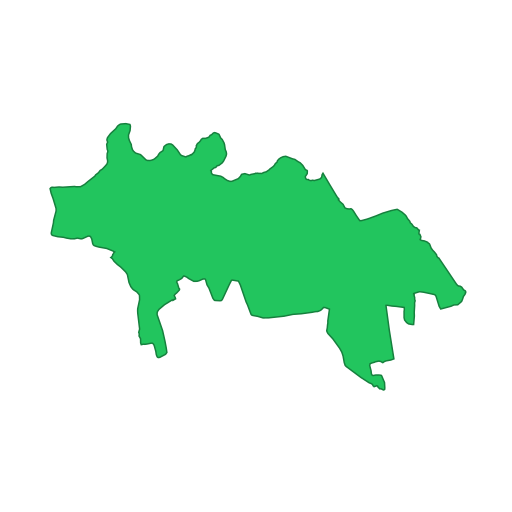 outline of Sanguie, Sanguié, Burkina Faso, rotated 97°
{"feature_id": "67063806B51289395143870", "entity_name": "Sanguie", "entity_type": "district", "adm_level": 2, "iso_a3": "BFA", "parent_name": "Burkina Faso", "parent_adm1": "Sanguié", "projection": "albers", "projection_center": [-2.631, 12.224], "detail": "fine", "context": "isolated", "style": "filled", "palette": "green", "viewbox_px": 512, "rotation_deg": 97, "n_neighbors": 0, "source": "geoboundaries", "source_scale": "gbopen_adm2", "svg_char_len": 6101}
<svg xmlns="http://www.w3.org/2000/svg" viewBox="0 0 512 512"><g transform="rotate(97 256 256)"><path d="M214.2,468.6L218.6,467.0L223.9,464.3L233.3,460.2L235.7,459.9L245.3,461.2L247.9,461.1L257.8,462.0L258.9,461.9L259.9,461.3L260.4,460.2L261.0,455.2L260.9,449.3L261.3,446.4L261.5,441.8L261.0,438.2L260.0,435.5L260.3,431.7L259.9,430.3L256.9,425.4L256.6,424.5L256.6,423.2L257.3,422.3L259.1,421.1L263.6,419.6L264.7,418.9L265.4,417.9L265.9,415.7L266.3,412.8L266.7,405.1L268.4,398.8L269.2,396.8L269.5,397.1L270.4,397.7L271.2,397.8L272.0,398.4L273.0,398.4L274.5,399.1L275.2,399.9L276.2,398.2L278.5,396.3L280.0,394.3L281.3,392.6L283.4,389.0L287.7,383.4L290.1,381.4L297.8,378.8L301.7,376.5L303.8,374.4L304.5,373.4L306.1,370.0L308.6,367.2L309.6,366.8L313.6,366.2L322.8,367.0L324.9,366.8L327.2,366.4L342.7,362.6L346.1,363.1L347.5,362.4L349.7,362.3L352.2,360.5L356.4,359.9L358.0,359.1L357.2,356.8L357.2,355.6L356.6,353.3L355.3,349.4L355.2,348.2L355.7,347.3L357.1,346.2L362.9,343.8L365.8,343.0L366.9,342.5L368.1,341.8L368.6,341.1L368.7,340.4L368.3,339.1L364.6,333.8L362.6,332.7L358.2,333.9L351.6,336.0L341.5,339.6L326.3,347.0L324.3,347.2L323.1,347.0L320.8,345.8L315.4,340.8L310.2,334.3L309.4,332.7L309.9,332.7L308.3,330.6L307.1,331.1L305.2,332.4L303.6,331.5L302.4,330.3L299.2,328.0L298.6,327.8L298.0,327.9L297.5,328.6L292.9,330.6L291.6,331.6L290.1,331.2L289.3,329.7L287.3,327.0L284.7,325.4L284.6,325.0L285.3,322.3L286.6,320.0L288.7,314.7L288.4,312.2L288.1,310.9L287.4,309.3L285.4,306.0L285.0,304.2L285.1,303.7L285.8,303.1L290.6,301.1L293.7,298.7L303.1,293.7L304.6,292.4L305.1,291.7L305.1,290.7L304.8,286.3L304.5,285.1L303.9,284.5L302.9,284.0L287.5,279.0L283.2,277.4L282.8,276.7L283.0,271.4L283.1,270.4L283.9,269.8L286.7,268.0L302.8,260.2L305.5,258.5L314.5,253.8L315.1,253.2L315.4,252.0L315.7,246.9L316.6,241.5L315.8,235.8L312.3,220.8L309.4,212.2L307.8,204.0L305.1,193.7L304.0,190.3L303.6,188.0L302.4,185.8L301.4,184.6L298.8,182.6L298.8,180.8L299.8,176.6L311.5,176.8L313.9,176.5L315.6,176.6L318.7,176.5L321.5,176.7L322.5,176.3L324.2,175.1L328.9,169.6L337.3,161.8L341.0,159.1L344.6,157.4L351.1,155.4L353.8,154.1L354.8,152.8L363.8,137.0L368.0,128.4L368.7,125.8L369.4,124.7L370.7,123.8L370.8,123.3L371.3,122.9L371.2,122.5L370.6,121.6L370.6,121.1L370.0,120.4L370.4,119.3L371.2,119.0L372.8,116.9L372.6,115.6L373.4,113.4L373.4,112.8L372.6,112.0L371.1,112.1L366.0,113.0L359.7,116.6L359.2,117.1L359.1,118.7L359.5,122.5L360.4,125.3L360.1,126.2L358.9,127.1L356.0,127.8L350.9,129.8L349.1,129.7L348.2,128.3L347.0,125.4L346.5,124.7L345.3,121.2L345.6,118.9L346.4,117.4L346.3,117.0L345.0,115.6L344.2,114.0L342.8,109.5L341.3,106.6L313.6,114.6L289.2,121.0L288.9,119.8L289.1,114.9L288.9,110.6L289.0,102.6L291.4,102.2L292.7,102.3L299.2,101.5L301.4,100.7L303.7,98.4L304.8,96.3L305.0,92.5L304.8,91.2L296.3,91.5L292.6,92.1L285.8,92.5L283.1,92.9L281.1,92.6L279.7,93.2L277.6,93.5L276.1,94.3L275.2,94.2L274.4,95.0L274.0,94.9L271.6,89.6L271.5,88.3L271.5,85.5L272.0,79.5L272.5,74.4L272.8,73.5L274.0,72.4L283.6,68.1L286.1,66.2L282.1,56.3L280.5,53.7L279.8,49.8L276.1,46.4L273.6,45.7L270.9,45.2L268.6,43.9L267.6,43.7L266.9,43.7L266.8,43.4L265.6,43.6L265.2,43.9L264.7,44.8L264.4,45.7L261.8,48.1L261.0,50.0L261.2,51.0L260.6,52.4L259.3,53.8L235.7,74.3L235.6,75.0L234.4,76.4L232.7,77.0L230.3,79.4L228.8,81.3L226.7,83.2L223.1,85.1L222.5,85.8L222.1,86.8L221.6,87.1L221.2,88.1L220.5,90.8L220.4,93.4L219.9,94.9L219.7,95.1L218.5,94.8L216.8,94.7L214.5,96.0L214.3,96.9L213.6,97.1L210.5,97.0L210.5,97.8L209.8,98.2L209.7,98.7L208.5,99.8L208.4,101.6L207.4,103.4L205.3,105.3L204.2,107.0L202.9,107.5L200.4,110.2L198.1,111.8L197.1,112.9L194.8,116.3L192.5,121.4L192.6,122.0L194.4,127.2L198.0,135.4L201.6,141.8L205.8,150.1L208.0,155.5L208.3,157.3L203.7,161.4L199.7,164.6L198.2,166.1L197.5,167.5L198.0,169.1L198.0,171.4L197.5,173.5L194.1,175.9L192.1,178.9L190.2,181.1L189.4,180.6L187.5,182.7L176.0,191.7L165.7,199.6L167.2,200.3L169.7,200.4L171.1,201.3L171.9,202.2L174.0,207.3L173.9,209.2L174.4,210.3L174.5,211.5L174.2,212.7L173.7,213.3L173.9,214.7L173.6,215.5L172.8,216.2L171.5,216.7L171.0,216.7L168.5,215.4L167.8,215.2L165.3,215.4L164.8,215.8L164.3,217.5L160.4,220.6L158.5,223.0L158.0,223.7L157.3,225.6L155.4,229.2L155.1,231.6L153.4,238.6L154.1,241.1L155.4,243.3L156.9,245.0L158.8,246.3L160.4,246.6L161.8,248.0L163.5,248.7L164.6,249.4L165.6,250.3L168.0,252.9L168.8,253.4L171.2,256.1L172.2,258.6L173.4,260.3L173.5,262.1L173.7,263.0L173.6,264.6L173.9,265.4L173.8,266.2L174.5,267.4L175.7,271.1L176.4,272.2L176.4,272.7L175.6,277.1L176.6,280.0L176.8,280.3L178.8,281.1L181.4,283.0L184.8,289.0L185.1,290.9L184.5,293.8L183.0,296.8L182.1,298.1L181.1,300.7L180.6,308.7L179.4,310.2L178.8,310.4L177.5,310.6L176.7,311.3L173.5,308.2L173.2,307.2L172.9,306.7L171.1,305.5L170.6,303.9L167.7,300.9L165.8,299.8L160.8,298.0L158.9,297.7L157.7,297.8L156.2,298.3L154.1,299.5L149.3,300.8L147.5,301.6L144.4,303.8L143.2,305.4L140.0,307.4L139.6,307.8L138.7,311.0L138.6,312.3L139.2,313.4L141.1,314.9L141.7,316.1L143.7,317.2L144.1,317.8L145.4,320.4L145.7,323.2L146.9,324.5L148.8,325.4L150.1,326.3L151.0,327.3L151.9,328.0L153.9,328.7L154.1,328.5L155.8,328.6L157.1,329.4L158.2,329.4L160.4,330.0L163.4,332.3L163.6,332.8L163.3,332.8L163.6,333.3L164.8,335.1L165.3,336.5L166.1,337.5L166.2,337.9L165.4,342.0L164.6,343.4L160.3,347.1L156.0,352.2L155.2,353.9L155.3,356.1L156.3,358.4L158.3,360.4L158.8,360.7L162.5,361.1L163.0,361.4L165.0,363.8L166.9,365.0L168.8,365.7L171.8,368.4L172.7,369.5L173.8,371.7L174.2,373.1L174.4,375.7L174.0,376.9L169.9,382.3L169.4,383.2L168.5,388.1L166.9,390.4L165.5,391.6L162.6,392.9L160.5,393.4L157.1,395.6L154.3,396.9L151.4,397.3L146.9,396.3L142.8,396.4L141.7,396.7L140.8,397.2L140.5,401.4L141.5,406.3L142.2,407.5L143.9,409.2L146.8,410.7L152.2,415.3L156.6,417.8L158.2,418.1L159.1,418.1L161.1,417.1L163.3,417.8L168.2,416.7L169.7,415.9L170.6,415.8L172.5,416.2L176.8,415.8L179.1,415.0L180.9,414.7L183.0,415.2L185.4,416.8L188.5,419.1L190.1,421.1L192.5,422.5L195.1,425.1L196.4,425.7L202.4,431.7L205.8,434.8L208.6,438.6L209.2,442.8L209.1,444.6L211.3,456.2L211.5,459.9L212.5,464.6L212.6,466.9L213.2,467.9L214.2,468.6Z" fill="#22c55e" stroke="#15803d" stroke-width="1.5"/></g></svg>